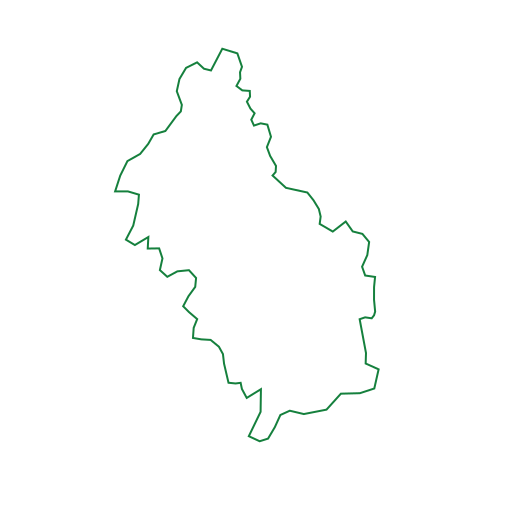 map outline of Shumen (Equal Earth projection), rotated 131°
{"feature_id": "BGR-2258", "entity_name": "Shumen", "entity_type": "Province", "adm_level": 1, "iso_a3": "BGR", "parent_name": "Bulgaria", "parent_adm1": "", "projection": "equal_earth", "projection_center": [26.96, 43.305], "detail": "fine", "context": "isolated", "style": "outline", "palette": "green", "viewbox_px": 512, "rotation_deg": 131, "n_neighbors": 0, "source": "natural_earth", "source_scale": "10m", "svg_char_len": 1471}
<svg xmlns="http://www.w3.org/2000/svg" viewBox="0 0 512 512"><g transform="rotate(131 256 256)"><path d="M121.7,417.4L115.3,403.0L122.4,390.7L127.8,388.6L132.5,384.1L140.5,382.3L140.0,375.0L135.5,369.0L139.7,365.0L145.5,364.1L148.4,356.9L149.2,350.7L156.2,349.0L158.9,343.1L152.8,339.5L149.4,333.6L156.2,322.9L166.7,319.2L171.2,311.0L174.9,300.0L179.7,296.3L184.4,296.3L184.9,278.1L174.4,258.9L176.2,249.2L179.3,239.4L183.8,233.1L190.0,229.0L187.2,214.1L171.1,210.9L174.0,199.1L169.5,190.2L171.2,179.8L182.3,172.6L194.5,168.9L199.1,160.8L193.7,152.4L202.0,146.5L211.6,138.2L219.8,129.6L223.3,128.0L227.1,127.8L230.7,133.4L235.7,136.3L257.1,109.3L265.2,102.7L261.1,89.1L278.4,79.8L291.4,87.6L304.2,101.6L325.7,102.0L343.9,116.2L350.6,129.0L360.0,133.3L372.8,129.5L385.9,127.1L393.4,131.7L396.7,143.2L370.6,150.3L353.3,164.9L369.2,169.9L365.6,179.4L361.8,184.4L365.6,187.8L369.7,193.6L358.2,209.5L351.7,216.6L348.8,224.5L349.1,235.2L354.8,242.6L359.2,249.8L351.1,255.9L342.2,259.0L342.3,269.7L341.7,278.0L330.6,280.6L319.2,281.6L311.9,286.8L310.7,297.3L319.2,305.3L329.9,309.3L329.7,319.3L319.2,325.0L313.8,334.1L321.4,342.6L312.3,349.7L327.2,354.6L329.0,364.9L313.6,368.6L294.1,379.0L286.5,384.6L291.3,395.1L299.7,404.7L284.4,411.2L268.7,415.3L255.0,410.4L242.1,410.9L231.4,413.0L221.1,406.4L202.6,407.9L196.2,407.6L190.6,411.1L183.6,423.9L172.6,429.9L159.9,432.2L148.5,427.5L148.8,418.1L145.5,411.7L121.7,417.4Z" fill="none" stroke="#15803d" stroke-width="2"/></g></svg>